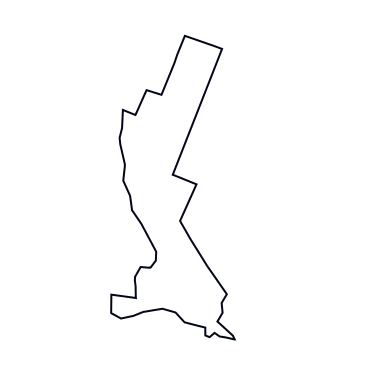 Sakarcage, Mary, Turkmenistan, rotated 22°
{"feature_id": "10190150B2260035962137", "entity_name": "Sakarcage", "entity_type": "district", "adm_level": 2, "iso_a3": "TKM", "parent_name": "Turkmenistan", "parent_adm1": "Mary", "projection": "robinson", "projection_center": [61.097, 38.361], "detail": "fine", "context": "isolated", "style": "outline", "palette": "ink", "viewbox_px": 384, "rotation_deg": 22, "n_neighbors": 0, "source": "geoboundaries", "source_scale": "gbopen_adm2", "svg_char_len": 1354}
<svg xmlns="http://www.w3.org/2000/svg" viewBox="0 0 384 384"><g transform="rotate(22 192 192)"><path d="M166.3,48.1L165.9,48.1L155.5,48.4L155.3,48.5L126.9,49.9L126.9,65.3L126.9,70.5L127.4,79.2L127.3,113.3L111.7,114.6L110.8,140.4L110.7,140.4L110.7,141.8L97.7,141.8L97.2,141.8L103.2,158.9L104.4,167.5L104.6,168.9L107.6,174.6L115.5,185.9L116.3,187.0L119.6,191.8L120.4,194.4L124.1,207.4L124.5,207.7L136.0,218.7L143.3,231.4L155.5,239.5L155.9,239.8L157.1,240.6L181.2,260.8L181.4,261.3L184.2,269.3L183.8,270.5L182.0,277.3L181.4,277.5L181.2,278.1L172.5,280.8L171.0,291.9L172.0,295.1L175.0,300.5L179.0,309.9L179.7,311.3L155.7,317.4L162.3,334.3L162.5,334.6L173.6,335.9L184.2,328.7L191.7,321.5L191.8,321.4L193.7,320.3L199.5,316.7L208.4,311.3L220.6,310.0L221.9,309.9L228.2,312.9L233.5,315.4L234.0,315.6L247.7,313.8L255.1,312.7L258.1,320.0L262.7,320.0L264.0,317.4L265.7,314.2L271.7,315.6L274.8,314.9L277.7,314.2L286.1,312.9L286.8,312.7L285.9,311.9L285.1,311.1L283.8,309.9L279.5,308.3L271.5,305.3L264.1,302.6L265.0,296.7L265.4,293.8L265.6,292.5L261.2,284.1L261.1,283.8L261.3,282.3L262.6,273.7L261.8,273.2L250.5,265.8L250.1,265.5L244.1,261.6L235.3,255.9L233.9,255.0L232.7,254.1L208.3,236.3L194.0,225.1L191.8,223.3L191.8,222.7L192.2,212.5L193.3,183.2L193.1,183.2L190.5,183.2L167.7,183.2L167.7,182.7L166.3,48.1Z" fill="none" stroke="#020617" stroke-width="2"/></g></svg>